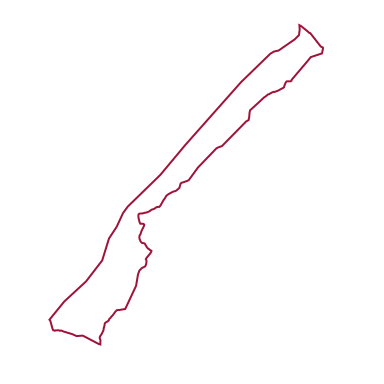 outline of Vargas, rotated 315°
{"feature_id": "VEN-42", "entity_name": "Vargas", "entity_type": "State", "adm_level": 1, "iso_a3": "VEN", "parent_name": "Venezuela", "parent_adm1": "", "projection": "orthographic", "projection_center": [-66.956, 10.514], "detail": "fine", "context": "isolated", "style": "outline", "palette": "rose", "viewbox_px": 384, "rotation_deg": 315, "n_neighbors": 0, "source": "natural_earth", "source_scale": "10m", "svg_char_len": 2900}
<svg xmlns="http://www.w3.org/2000/svg" viewBox="0 0 384 384"><g transform="rotate(315 192 192)"><path d="M0.9,181.5L24.3,179.1L53.9,180.3L80.1,176.9L100.4,166.2L114.3,163.3L128.4,158.1L136.4,156.9L181.6,157.5L220.6,154.0L304.5,149.0L345.1,149.6L349.2,150.6L353.3,153.2L372.7,156.7L378.6,156.7L383.0,153.3L385.9,150.0L386.5,152.1L387.4,160.8L387.3,161.7L387.5,162.5L387.6,162.8L387.8,162.9L387.9,163.1L387.9,163.3L387.9,163.8L385.9,180.1L386.1,180.6L386.2,181.0L386.5,181.9L386.6,182.1L386.7,182.4L385.9,183.3L381.9,185.9L371.4,180.6L366.7,181.1L341.9,183.1L340.9,183.7L340.4,183.6L339.8,183.3L337.3,180.8L336.5,180.7L335.3,181.0L332.9,182.0L331.0,183.0L329.9,182.8L323.8,180.9L322.1,180.1L321.1,179.6L320.9,179.3L320.7,179.0L319.9,178.6L318.1,177.9L316.4,177.5L315.8,177.4L315.3,177.1L315.0,176.9L314.4,176.7L311.7,176.5L310.1,176.1L292.1,175.4L291.5,175.2L290.3,175.6L288.8,176.6L285.4,179.5L282.8,181.2L280.3,180.4L245.7,180.7L242.0,179.0L240.3,178.4L239.7,178.4L213.5,178.9L198.2,181.3L196.8,180.9L192.5,178.9L191.1,178.0L189.7,178.1L185.9,180.2L182.0,179.9L180.5,179.4L180.0,179.0L178.6,178.3L174.3,177.0L172.0,176.6L171.3,176.6L170.9,176.6L170.5,176.7L168.8,177.2L167.8,177.4L166.1,177.6L160.4,179.2L159.0,179.4L158.1,179.3L157.8,178.9L157.5,178.5L156.7,178.0L156.3,177.7L153.6,177.2L152.9,177.0L151.1,176.0L150.5,175.9L149.5,175.7L148.6,175.6L148.1,175.5L145.7,174.5L143.7,173.2L142.1,172.3L141.2,171.6L140.0,170.5L139.6,170.2L139.3,170.1L138.9,170.0L138.4,170.0L137.5,170.7L136.3,171.9L134.2,175.2L133.4,176.7L133.0,177.8L133.2,178.1L134.7,179.6L134.9,179.9L135.1,180.4L135.2,180.8L135.2,181.2L134.6,181.7L133.6,182.2L128.3,184.0L125.8,185.4L125.4,185.5L125.0,185.5L124.6,185.6L124.0,185.8L122.8,186.7L121.8,188.0L120.7,190.6L120.6,191.9L120.7,192.8L121.8,194.2L122.0,194.7L122.1,195.1L122.0,195.5L121.1,198.8L120.9,200.5L120.9,200.9L121.2,201.8L121.2,202.2L121.2,203.1L121.3,203.5L121.6,204.2L121.7,204.7L121.7,205.0L121.0,205.4L119.7,205.8L113.1,206.5L111.8,206.9L111.5,208.0L110.9,208.7L110.4,209.3L107.9,210.9L107.0,211.3L106.0,211.4L104.3,210.9L103.3,210.5L102.3,210.2L101.3,210.4L99.8,210.3L99.1,210.4L95.4,212.2L86.1,218.8L62.1,227.5L57.1,224.0L55.5,222.5L54.7,222.4L53.5,222.4L48.8,223.1L46.9,223.1L45.7,223.3L45.4,223.4L44.3,223.3L43.5,223.4L43.2,223.5L42.3,223.9L42.0,224.0L41.5,223.9L38.9,223.3L38.0,223.2L37.4,223.3L35.0,225.0L33.7,225.6L33.1,226.0L32.2,226.8L31.4,227.2L31.0,227.4L27.5,228.6L25.5,228.9L25.0,229.1L24.1,229.4L23.8,229.7L23.5,229.9L23.3,230.3L22.7,231.7L22.5,232.0L22.2,232.4L21.9,232.7L21.5,232.9L19.4,235.0L18.6,233.6L13.3,216.6L12.8,215.9L8.5,212.3L6.9,208.0L2.5,199.8L1.9,198.1L1.5,197.5L1.2,197.1L0.8,197.0L0.6,196.8L0.4,196.6L0.1,195.8L-0.5,195.0L-0.6,194.9L-0.9,194.7L-1.4,194.3L-1.7,194.0L-2.3,193.4L-2.7,193.3L-2.8,193.3L-3.1,193.1L-3.2,192.8L-3.5,192.1L-3.9,191.6L-3.3,190.0L0.7,183.0L0.9,181.5Z" fill="none" stroke="#9f1239" stroke-width="2"/></g></svg>